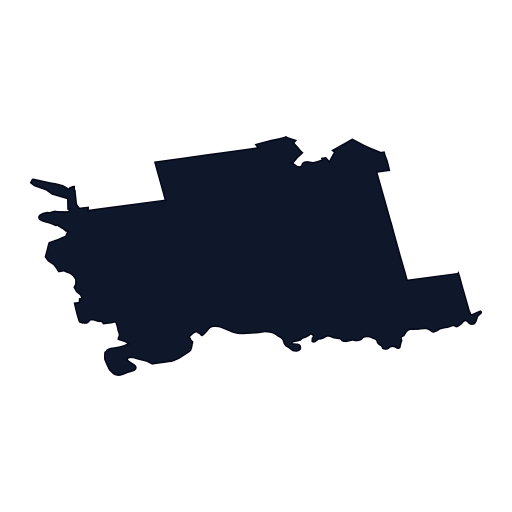 Zlēku pag., Ventspils, Latvia (Robinson projection)
{"feature_id": "27541924B50328122617974", "entity_name": "Zlēku pag.", "entity_type": "district", "adm_level": 2, "iso_a3": "LVA", "parent_name": "Latvia", "parent_adm1": "Ventspils", "projection": "robinson", "projection_center": [21.854, 57.134], "detail": "fine", "context": "isolated", "style": "filled", "palette": "ink", "viewbox_px": 512, "rotation_deg": 0, "n_neighbors": 0, "source": "geoboundaries", "source_scale": "gbopen_adm2", "svg_char_len": 5957}
<svg xmlns="http://www.w3.org/2000/svg" viewBox="0 0 512 512"><path d="M109.0,368.7L109.7,369.9L113.3,373.4L114.8,374.4L117.5,375.1L118.8,375.2L120.4,375.0L123.0,374.2L127.4,372.4L132.1,371.0L133.4,370.6L134.5,370.0L135.2,369.3L135.7,368.6L135.9,367.7L135.8,367.0L135.3,366.0L134.3,365.0L129.0,361.6L127.8,360.5L127.3,359.9L127.4,358.5L128.1,358.0L129.4,357.5L133.1,357.4L138.0,358.9L146.8,361.1L152.3,363.9L153.9,363.6L158.9,362.9L162.6,362.4L165.0,362.1L168.7,361.5L171.7,361.2L173.2,360.6L174.1,360.4L174.9,359.9L177.1,359.0L179.2,358.0L180.3,357.3L187.7,352.5L189.7,351.1L190.1,350.7L190.8,349.8L191.3,347.9L191.7,346.8L192.1,344.0L192.3,343.3L192.5,343.0L192.6,341.9L190.8,340.2L190.6,339.4L189.6,337.7L189.6,336.1L191.7,334.5L192.1,333.9L193.7,332.7L194.8,332.2L196.3,331.7L196.7,331.4L197.9,332.4L198.2,332.8L198.7,333.0L199.0,333.2L199.5,333.3L200.1,333.8L200.4,334.2L200.8,334.6L200.9,334.8L202.1,335.5L204.2,333.8L207.2,330.5L208.5,328.8L209.6,327.7L210.3,327.3L211.6,326.7L213.1,326.3L214.7,326.2L217.2,326.4L219.3,326.6L221.1,327.2L223.2,328.0L231.3,331.4L233.6,332.3L235.6,332.8L239.0,333.4L242.8,333.5L258.0,332.6L265.0,331.5L266.1,331.6L268.8,331.9L270.4,332.1L271.9,332.5L273.6,333.0L274.8,333.7L276.5,334.7L277.5,335.6L280.8,337.5L281.9,338.4L282.8,339.3L283.3,340.3L284.4,343.7L285.8,345.7L288.6,347.3L291.4,349.4L292.8,350.5L294.9,350.9L296.6,351.0L297.6,350.8L299.1,350.1L299.9,349.5L300.4,348.8L300.4,347.3L300.2,346.0L299.7,345.4L299.0,344.8L298.0,344.4L296.3,344.2L293.4,344.0L292.4,343.9L291.8,343.6L291.6,343.1L291.9,342.6L292.5,342.0L293.3,341.7L294.7,341.3L297.0,340.9L300.3,340.0L301.1,339.4L302.1,338.3L302.8,338.0L305.6,337.1L308.9,335.3L309.8,334.4L310.5,334.0L311.4,334.1L312.3,334.5L313.0,335.0L313.5,336.4L313.4,337.0L312.3,338.2L312.3,339.4L312.1,341.2L312.4,341.6L313.7,341.9L314.8,341.7L318.2,339.2L319.0,338.9L320.5,338.9L322.0,338.4L323.4,337.9L326.3,336.3L327.5,335.9L328.7,336.0L329.8,336.2L332.3,337.1L333.7,337.7L340.2,338.7L341.3,339.4L342.1,340.6L343.6,341.2L346.4,341.4L349.2,340.7L352.3,340.0L353.3,340.0L354.2,340.3L355.6,340.6L357.6,340.5L360.1,339.9L361.4,339.3L362.8,337.6L363.9,337.0L364.9,336.8L367.1,336.5L369.4,336.7L371.4,337.3L372.5,338.0L375.4,339.0L376.5,339.9L377.0,340.8L377.6,342.7L378.7,344.0L379.4,344.6L380.9,345.4L382.0,346.3L382.6,348.0L383.2,348.6L384.6,348.9L385.6,349.1L387.4,348.8L388.7,348.0L389.3,347.3L390.9,346.6L392.6,346.3L394.2,346.6L395.1,346.9L397.0,348.0L398.3,348.3L399.0,348.1L399.7,347.5L400.0,347.0L400.2,345.3L400.7,343.8L400.8,343.0L401.7,340.5L401.0,338.3L401.0,337.4L402.0,336.6L403.9,335.5L406.2,331.8L407.7,330.3L409.9,329.3L410.9,329.2L413.5,329.3L415.5,329.1L417.0,329.2L418.0,329.2L420.2,328.8L425.5,328.4L427.2,328.7L428.9,329.4L430.5,330.4L432.3,331.7L433.7,332.0L435.0,331.5L436.5,330.9L439.9,328.8L441.7,328.3L445.2,327.5L447.2,327.3L448.3,327.0L452.7,325.5L453.5,325.4L454.6,325.8L455.7,326.4L456.7,326.7L458.0,326.1L460.7,324.2L462.0,323.0L463.2,321.6L464.3,320.8L465.5,320.5L466.3,320.6L467.1,321.2L468.2,322.2L469.5,323.5L470.9,324.1L472.6,324.1L473.9,323.9L474.9,322.9L475.9,321.3L476.8,318.7L477.1,317.4L477.8,316.0L481.0,313.2L481.3,312.3L480.9,311.5L480.4,311.1L471.3,315.1L471.0,314.8L469.1,310.7L464.3,293.8L462.5,287.6L459.3,275.8L459.0,275.3L458.4,272.9L458.2,273.2L457.8,273.5L456.8,273.8L407.1,280.4L406.4,277.7L404.3,270.2L400.1,255.8L396.1,241.3L393.8,233.1L391.2,223.2L390.5,221.2L385.0,201.5L383.8,197.3L378.0,176.8L376.6,172.1L389.4,170.3L387.6,162.9L386.9,160.4L385.1,155.8L384.1,152.1L380.1,152.7L379.8,152.2L369.5,148.0L363.7,145.3L352.3,139.3L345.0,143.5L339.9,146.3L335.1,149.1L332.5,150.4L333.2,151.0L333.5,151.1L334.7,152.5L332.9,155.3L331.8,157.4L329.3,162.0L325.8,157.8L321.8,158.4L322.2,160.2L316.8,161.9L313.1,162.8L307.3,161.8L304.3,162.3L302.5,163.6L301.8,165.9L300.2,166.9L297.5,166.8L292.4,163.2L292.5,163.2L296.0,159.1L297.1,157.7L302.5,152.8L299.4,149.8L298.7,148.7L293.5,142.9L295.8,140.5L288.1,138.0L285.7,136.8L284.9,137.4L279.5,138.8L271.2,140.5L255.8,144.6L258.1,147.9L244.9,149.8L220.7,153.1L207.8,154.8L194.6,156.7L181.3,158.6L154.9,162.2L163.8,194.2L165.4,200.3L119.7,206.3L95.5,209.5L90.9,210.2L88.1,210.5L88.2,207.4L79.4,208.4L77.5,206.1L77.1,205.5L76.6,204.5L76.2,203.1L75.3,194.1L75.1,193.1L75.0,190.6L74.2,189.7L74.3,186.5L72.4,186.7L71.3,187.4L70.0,187.7L70.1,188.4L69.2,188.8L68.1,189.1L66.3,187.8L63.6,186.2L62.3,185.6L60.7,185.2L57.7,184.4L55.3,183.8L50.7,183.1L46.1,182.1L33.1,179.2L31.8,180.4L31.3,181.6L30.7,182.7L34.4,185.6L46.3,189.8L52.3,194.1L67.5,198.5L67.8,200.1L67.9,205.6L68.0,209.1L70.0,209.2L69.7,209.6L69.3,210.5L68.3,211.9L59.4,211.8L56.0,211.6L55.0,211.3L53.5,211.6L49.5,212.9L47.3,212.5L43.4,213.4L41.8,214.1L39.7,215.4L38.9,216.7L39.0,218.1L39.5,219.2L40.4,219.8L42.4,220.8L43.3,221.2L48.5,222.6L51.1,223.4L54.7,225.0L55.9,225.5L56.2,225.0L57.2,225.4L57.9,225.1L59.1,226.3L63.5,228.9L66.1,231.1L68.1,231.0L66.0,235.9L64.8,236.9L63.2,237.3L60.3,238.6L58.8,239.4L49.2,242.7L48.5,244.9L47.4,249.6L47.1,250.5L45.4,256.9L48.3,260.8L53.7,264.4L56.9,268.5L57.7,270.1L58.9,271.6L63.9,270.7L66.9,272.1L70.0,273.1L73.3,275.6L75.9,279.4L75.8,284.4L74.2,287.2L76.6,291.6L80.6,294.8L81.9,297.5L81.3,298.5L79.6,298.8L79.4,302.5L78.5,302.7L78.2,302.7L74.5,303.2L77.1,314.1L77.8,316.4L79.2,321.1L79.9,322.1L80.9,322.2L81.5,322.7L82.1,322.6L82.4,322.9L83.0,322.8L83.6,322.8L84.2,323.0L84.4,323.2L85.2,323.1L86.3,322.8L86.8,323.0L87.4,322.5L88.8,321.5L89.2,320.7L89.8,320.2L90.4,319.8L90.9,319.7L92.8,319.7L93.7,319.8L95.1,320.2L97.0,320.9L98.4,321.3L99.4,321.4L101.3,321.2L102.3,322.0L103.5,323.7L111.9,322.6L115.3,321.7L116.7,323.6L116.6,324.6L116.9,324.9L117.5,327.2L118.2,330.6L118.8,332.2L119.4,334.2L119.3,336.2L118.4,338.1L118.3,339.3L119.6,339.7L125.1,341.5L127.5,342.8L128.2,343.8L124.5,345.7L119.4,347.1L114.6,348.0L111.1,348.4L109.0,349.1L106.6,350.5L106.5,351.4L105.0,352.3L104.7,356.7L104.9,359.5L107.1,364.7L109.1,368.7L109.0,368.7Z" fill="#0f172a" stroke="#020617" stroke-width="1.5"/></svg>